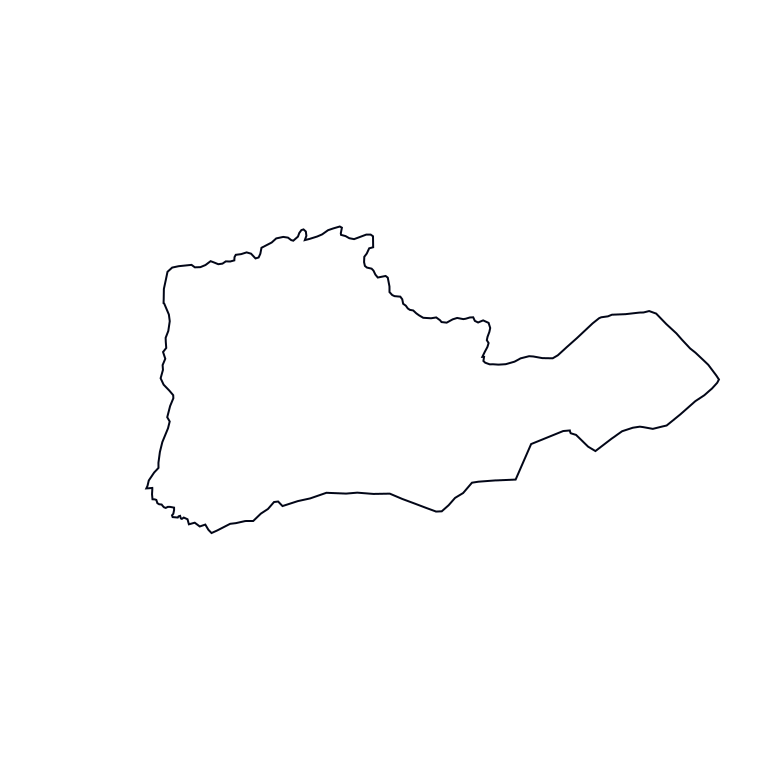 the district of Pynes Town, Sinoe, Liberia, rotated 46°
{"feature_id": "62588387B44747363578735", "entity_name": "Pynes Town", "entity_type": "district", "adm_level": 2, "iso_a3": "LBR", "parent_name": "Liberia", "parent_adm1": "Sinoe", "projection": "natural_earth1", "projection_center": [-8.563, 5.57], "detail": "fine", "context": "isolated", "style": "outline", "palette": "ink", "viewbox_px": 768, "rotation_deg": 46, "n_neighbors": 0, "source": "geoboundaries", "source_scale": "gbopen_adm2", "svg_char_len": 3465}
<svg xmlns="http://www.w3.org/2000/svg" viewBox="0 0 768 768"><g transform="rotate(46 384 384)"><path d="M613.4,139.9L612.1,139.7L609.0,139.1L595.4,137.4L588.3,137.7L577.8,138.2L571.1,139.1L559.1,138.9L550.7,138.5L537.1,139.3L522.4,139.3L519.8,140.6L515.7,142.6L512.9,147.5L511.6,149.0L510.1,150.6L501.5,161.8L492.5,171.9L490.9,175.9L486.9,181.4L486.1,183.5L485.4,190.8L485.3,191.9L485.0,213.3L484.4,227.6L484.4,228.3L484.1,239.0L482.7,244.8L475.4,252.1L467.9,257.5L464.8,260.3L460.4,268.0L459.9,270.0L458.6,274.6L454.3,282.7L449.6,288.2L445.5,291.9L443.3,294.3L439.0,296.4L436.5,296.5L434.0,293.2L432.8,294.4L430.9,289.2L429.2,283.9L427.2,280.3L423.9,279.6L422.0,276.8L419.7,272.0L417.5,268.7L412.7,266.3L407.1,268.5L405.1,273.6L401.7,274.8L398.0,273.5L395.8,276.0L393.8,279.9L392.4,281.9L387.3,285.5L385.2,289.7L383.4,296.3L379.4,299.6L377.1,299.4L372.4,300.2L369.4,304.5L363.6,309.8L358.9,311.1L355.5,311.7L351.4,311.9L348.6,313.9L346.2,314.4L342.8,313.9L339.6,314.5L335.7,312.0L332.5,311.6L328.1,315.4L325.7,316.3L321.7,316.2L319.0,313.6L317.6,312.3L310.1,307.4L307.4,307.8L303.1,314.5L299.3,314.2L295.1,312.8L292.4,312.8L288.4,315.4L285.8,315.7L282.5,313.7L278.8,309.8L278.2,305.8L276.1,300.4L277.0,298.8L278.1,296.8L270.1,289.3L267.3,289.8L264.2,293.0L261.2,299.9L259.0,304.9L255.0,307.7L250.9,308.9L246.9,311.3L245.6,310.4L242.3,305.7L240.0,306.4L236.8,312.5L234.5,317.4L233.4,324.6L231.5,329.6L227.8,337.0L225.5,341.0L223.5,336.9L220.0,334.3L216.9,334.5L215.9,336.5L216.5,340.0L218.2,343.5L217.9,349.7L216.0,350.8L212.0,351.4L208.2,354.3L204.4,360.4L204.2,366.5L200.9,377.5L204.4,382.5L205.9,386.3L204.4,389.2L197.9,389.1L193.9,391.4L191.3,396.6L188.1,400.9L188.9,403.4L191.1,405.8L189.0,409.6L185.9,412.6L185.2,416.6L182.7,420.0L178.8,421.7L175.2,423.4L174.4,429.8L172.4,434.9L168.7,439.0L164.6,439.7L156.6,449.9L153.1,455.5L152.9,461.8L157.8,469.0L162.7,476.3L169.9,483.5L172.7,486.4L173.4,486.2L184.6,490.5L190.0,494.5L196.0,502.3L199.1,509.0L202.1,511.7L206.8,515.6L207.5,520.7L213.9,523.8L216.6,530.1L220.3,533.2L224.7,540.7L231.4,543.0L239.5,543.0L245.6,543.4L247.9,545.4L251.3,553.2L257.3,563.0L262.1,564.2L265.8,570.1L271.8,583.8L277.2,592.4L284.0,601.0L287.7,604.5L288.0,610.8L290.0,620.2L293.0,624.9L294.0,627.5L295.7,625.5L297.8,622.9L298.5,623.5L302.2,627.5L306.1,630.6L307.7,629.1L309.2,628.3L312.3,629.8L314.3,629.3L316.2,627.7L318.4,627.9L319.8,627.9L321.5,627.1L322.2,624.9L323.7,623.3L327.1,620.9L328.8,622.5L331.0,625.7L331.2,627.7L332.9,628.5L336.8,625.1L336.5,623.7L337.2,622.3L339.6,623.5L340.6,623.1L341.0,620.8L344.8,619.3L349.4,621.8L352.3,616.5L358.5,615.5L361.0,610.2L366.9,611.6L371.4,611.6L373.4,606.0L373.9,604.4L377.7,591.8L381.2,587.2L386.2,579.0L391.7,573.2L391.7,562.6L393.3,554.3L392.5,545.1L395.0,541.8L401.3,541.8L408.4,527.3L415.0,516.6L419.0,508.0L422.3,500.9L423.1,500.2L436.5,487.4L443.6,478.7L455.7,468.0L466.9,456.0L479.4,450.7L491.5,444.9L501.9,440.0L511.2,435.5L511.9,435.2L515.7,430.9L516.1,421.7L515.3,412.0L517.4,402.8L516.1,389.3L519.9,383.9L531.1,370.4L531.8,369.7L544.2,355.7L529.4,319.9L542.3,287.8L546.5,282.6L547.4,283.2L547.9,283.4L549.1,283.9L552.6,282.0L554.0,281.2L557.2,281.1L570.9,280.7L579.1,278.5L580.2,269.0L581.4,258.5L581.5,257.8L582.0,254.8L582.4,251.9L583.4,245.5L588.3,235.4L592.4,229.6L595.2,227.4L603.0,221.8L607.8,213.5L610.2,209.5L610.5,206.0L611.7,192.1L612.6,172.0L614.6,161.4L614.9,154.5L615.1,151.3L614.6,143.5L613.4,139.9Z" fill="none" stroke="#020617" stroke-width="2"/></g></svg>